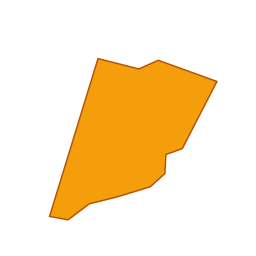 an SVG outline of Saint John Capesterre, rotated 256°
{"feature_id": "KNA-5104", "entity_name": "Saint John Capesterre", "entity_type": "Parish", "adm_level": 1, "iso_a3": "KNA", "parent_name": "Saint Kitts and Nevis", "parent_adm1": "", "projection": "albers", "projection_center": [-62.805, 17.383], "detail": "fine", "context": "isolated", "style": "filled", "palette": "amber", "viewbox_px": 256, "rotation_deg": 256, "n_neighbors": 0, "source": "natural_earth", "source_scale": "10m", "svg_char_len": 314}
<svg xmlns="http://www.w3.org/2000/svg" viewBox="0 0 256 256"><g transform="rotate(256 128 128)"><path d="M53.4,47.5L61.2,30.5L202.6,115.7L182.7,152.7L186.4,173.7L151.6,225.5L94.9,175.7L93.1,158.4L74.8,152.7L65.6,135.4L63.8,100.9L63.8,72.2L53.4,47.5Z" fill="#f59e0b" stroke="#b45309" stroke-width="1.5"/></g></svg>